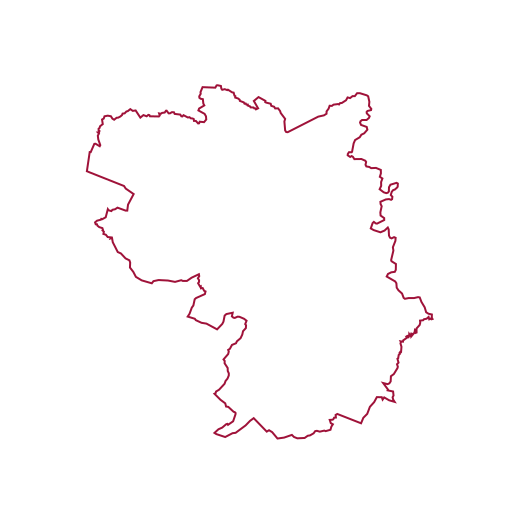 Colotlán, Jalisco, Mexico, rotated 194°
{"feature_id": "50627088B8833204369872", "entity_name": "Colotlán", "entity_type": "district", "adm_level": 2, "iso_a3": "MEX", "parent_name": "Mexico", "parent_adm1": "Jalisco", "projection": "mercator", "projection_center": [-103.289, 22.099], "detail": "fine", "context": "isolated", "style": "outline", "palette": "rose", "viewbox_px": 512, "rotation_deg": 194, "n_neighbors": 0, "source": "geoboundaries", "source_scale": "gbopen_adm2", "svg_char_len": 6063}
<svg xmlns="http://www.w3.org/2000/svg" viewBox="0 0 512 512"><g transform="rotate(194 256 256)"><path d="M251.4,73.6L242.1,72.9L235.9,78.4L233.0,79.5L225.1,89.1L221.9,94.6L219.0,98.1L203.1,88.2L201.2,90.1L197.7,89.0L191.0,84.1L184.8,86.6L177.9,91.1L175.4,89.6L171.8,89.1L164.8,91.2L162.3,94.1L160.2,95.0L157.2,97.9L156.2,100.4L154.6,101.1L151.6,101.0L147.5,103.1L146.1,102.9L141.7,105.4L141.6,108.7L140.7,111.3L143.0,111.9L144.8,114.8L142.3,115.6L141.5,116.2L141.1,118.0L139.4,118.6L140.3,121.0L138.9,122.4L113.6,119.1L112.7,125.0L109.9,129.7L109.0,137.2L106.0,142.8L104.6,148.3L99.8,149.4L98.4,147.3L97.4,149.8L91.9,148.2L86.2,148.0L88.2,149.9L89.3,152.0L88.8,153.9L90.2,157.7L95.8,157.5L95.7,158.4L101.9,163.5L97.3,163.5L95.8,164.7L95.0,166.9L96.0,172.0L93.7,174.8L91.6,181.5L91.6,182.9L93.0,185.1L91.9,187.0L93.9,190.5L93.3,191.2L93.6,194.5L92.8,195.6L93.3,196.6L93.0,197.4L92.5,197.0L92.0,197.8L92.9,203.1L94.7,206.2L94.5,207.5L95.1,208.2L92.7,208.4L92.8,209.7L89.7,213.3L90.2,213.8L88.4,214.0L88.3,214.7L89.3,215.3L88.1,215.8L88.4,217.3L86.8,215.9L86.6,218.3L86.2,218.3L85.7,215.9L83.7,220.1L83.9,222.9L83.3,222.7L82.4,220.1L81.7,220.6L82.7,224.5L80.5,228.7L80.5,231.0L81.2,233.0L78.3,234.1L77.7,235.3L75.3,236.4L73.8,238.6L72.6,236.5L71.7,237.4L70.5,237.0L69.5,237.6L70.5,238.7L71.2,241.8L74.7,241.7L77.3,242.6L79.9,247.0L84.4,251.5L87.1,255.4L88.8,255.3L92.5,253.4L97.5,252.2L101.2,250.5L102.6,251.1L105.2,254.9L109.5,257.2L111.8,259.3L113.2,263.5L114.8,265.0L124.2,267.7L123.6,270.5L120.8,272.9L117.5,274.2L117.0,276.4L118.3,282.1L123.2,283.7L123.9,284.7L124.0,294.5L125.3,297.6L124.4,304.4L124.9,307.4L126.6,307.7L128.7,305.9L130.4,306.2L131.9,308.0L133.7,313.9L135.0,315.5L137.4,311.8L141.0,309.1L148.0,309.6L151.3,310.5L150.8,316.2L149.9,317.6L147.7,316.6L146.4,316.7L140.3,321.9L140.8,323.8L144.9,325.4L145.9,328.4L146.1,334.7L147.7,336.6L148.4,338.7L143.7,342.3L140.7,343.4L138.5,343.2L137.7,344.1L138.0,346.5L140.0,347.8L139.8,351.2L138.8,353.2L137.4,354.0L135.7,356.5L135.3,357.5L135.9,360.6L137.3,361.0L142.8,357.7L143.6,354.9L142.7,350.8L143.4,349.3L144.8,348.5L147.5,348.7L152.2,350.7L151.5,354.3L152.5,358.0L152.1,361.8L155.0,362.8L154.8,366.4L155.7,369.7L160.9,370.5L165.5,369.1L167.6,369.8L170.6,369.6L171.8,371.0L171.9,373.9L173.0,374.9L177.2,375.6L184.0,373.8L186.0,375.7L187.4,376.1L188.6,374.9L191.4,375.9L191.6,377.2L190.9,379.2L188.3,379.8L188.0,380.4L188.5,388.9L187.9,392.5L184.1,396.3L183.1,399.2L180.7,401.2L178.5,405.5L179.8,408.0L185.8,408.6L187.3,410.6L187.2,412.0L186.0,413.6L181.6,414.7L179.8,417.3L179.5,419.1L183.0,421.2L183.5,422.5L182.9,423.7L179.7,425.4L179.7,426.6L182.7,429.0L183.3,433.0L185.8,438.1L187.4,438.7L194.5,439.1L197.3,438.4L198.8,435.0L201.0,434.5L202.9,432.0L205.5,432.0L206.3,428.9L209.8,425.2L211.4,424.7L212.1,423.1L213.1,423.3L217.4,421.6L218.7,420.0L220.9,419.6L221.2,416.5L222.5,413.4L222.0,411.1L224.1,408.9L229.3,406.3L255.2,383.8L256.7,383.6L258.1,384.9L261.0,393.4L260.9,396.1L266.6,400.7L267.7,402.5L270.3,404.6L273.1,403.8L274.5,405.2L277.5,405.4L278.6,407.3L283.3,407.3L284.3,407.6L284.4,408.8L292.0,410.8L295.6,405.9L289.7,399.8L291.5,398.3L292.2,399.1L293.4,398.8L294.3,399.5L297.2,398.9L297.9,399.7L300.4,400.0L300.6,400.9L302.0,400.6L302.9,401.5L304.0,401.0L305.0,402.1L309.2,402.6L309.7,403.7L311.5,404.5L314.5,404.7L314.7,406.1L315.7,406.4L317.2,409.1L318.7,409.0L323.5,410.6L324.0,410.0L326.7,410.3L329.0,409.1L330.1,410.0L331.2,412.5L334.5,412.4L335.5,412.0L336.2,409.5L348.7,406.9L349.5,401.6L348.9,400.0L349.7,397.2L349.2,395.8L347.8,395.2L345.5,395.3L344.0,391.2L342.6,389.6L346.9,385.3L347.1,383.3L340.3,381.5L338.3,379.4L337.3,376.4L338.8,373.3L343.1,372.7L343.3,371.0L344.2,370.6L347.0,372.5L348.9,372.1L349.5,373.8L350.7,374.1L352.6,373.8L354.1,374.6L355.6,373.9L360.4,375.1L361.2,373.6L362.2,373.5L363.7,374.9L369.3,374.2L370.4,375.6L372.4,375.2L374.0,373.6L375.3,373.3L377.9,375.4L378.5,375.2L379.3,373.1L381.8,372.1L382.7,371.0L384.5,370.9L383.4,369.1L384.0,367.9L392.7,365.9L393.5,366.9L394.6,366.9L395.9,365.1L399.3,365.5L401.7,362.3L408.0,368.1L410.7,367.0L413.5,368.1L415.5,365.5L416.7,364.9L418.0,362.6L419.9,361.9L420.1,360.3L421.4,358.5L423.2,356.9L424.7,356.4L426.6,353.9L428.5,354.5L430.6,356.5L433.8,356.3L436.8,354.9L437.0,352.5L438.4,351.2L436.6,346.9L438.7,344.2L438.8,342.3L439.5,341.4L439.1,339.8L438.1,339.4L438.2,338.2L439.4,337.7L438.0,336.8L438.6,334.5L437.2,330.9L433.9,325.9L434.2,324.7L438.9,326.1L440.0,325.7L441.5,316.8L442.5,316.6L440.6,297.3L401.0,292.0L398.7,289.9L389.7,286.5L392.6,274.9L391.9,268.9L393.4,268.5L402.1,269.4L404.0,267.3L406.5,266.1L407.2,264.6L410.1,264.7L411.1,265.6L411.2,257.2L414.1,254.5L415.1,254.6L415.3,253.7L418.8,251.8L420.3,249.7L419.2,248.0L418.0,248.3L417.2,247.1L415.1,246.1L411.8,245.9L410.8,244.3L411.1,243.7L409.5,242.8L409.4,240.5L406.8,240.3L404.5,238.5L401.1,239.0L401.3,237.9L400.1,238.7L398.3,234.7L391.1,226.4L387.7,225.8L382.0,222.1L377.8,221.2L376.5,219.2L375.5,214.3L371.2,210.9L367.5,206.7L361.0,204.7L350.5,204.3L349.4,206.8L344.7,209.1L335.5,210.9L328.3,211.3L322.7,214.4L321.0,214.1L317.0,215.1L313.2,219.4L307.0,224.5L306.2,222.7L307.0,220.3L305.4,218.8L305.0,217.0L305.6,215.6L302.9,212.8L302.3,213.3L301.6,211.3L300.0,212.0L297.9,209.7L296.4,209.4L296.4,206.7L304.0,200.7L305.0,199.2L304.8,192.8L305.8,190.4L306.5,183.9L307.6,180.7L300.2,180.3L298.9,179.2L292.7,178.0L287.7,178.4L276.0,175.4L272.3,181.9L271.7,184.4L272.0,190.6L270.7,192.5L264.9,195.3L264.8,191.6L263.0,190.7L261.6,190.8L259.2,192.7L257.3,193.0L252.4,192.2L249.5,190.9L250.0,187.3L248.9,186.4L248.4,183.6L250.4,179.9L250.3,176.4L251.1,172.5L253.9,168.6L254.3,166.5L257.8,163.9L258.9,159.6L260.3,158.1L259.3,156.7L259.3,154.1L262.5,147.8L261.0,146.6L260.5,144.3L256.4,140.5L255.6,137.6L254.0,135.6L253.5,133.5L254.0,130.1L255.3,127.4L255.6,124.4L259.5,117.3L262.0,114.8L262.0,113.2L263.0,112.3L255.7,107.9L250.2,105.6L248.6,102.7L246.4,102.9L240.0,99.4L238.9,99.4L237.8,98.7L237.6,97.4L238.2,90.1L242.3,85.4L243.1,86.2L244.2,85.6L247.3,81.3L250.5,78.8L253.5,74.3L251.4,73.6Z" fill="none" stroke="#9f1239" stroke-width="2"/></g></svg>